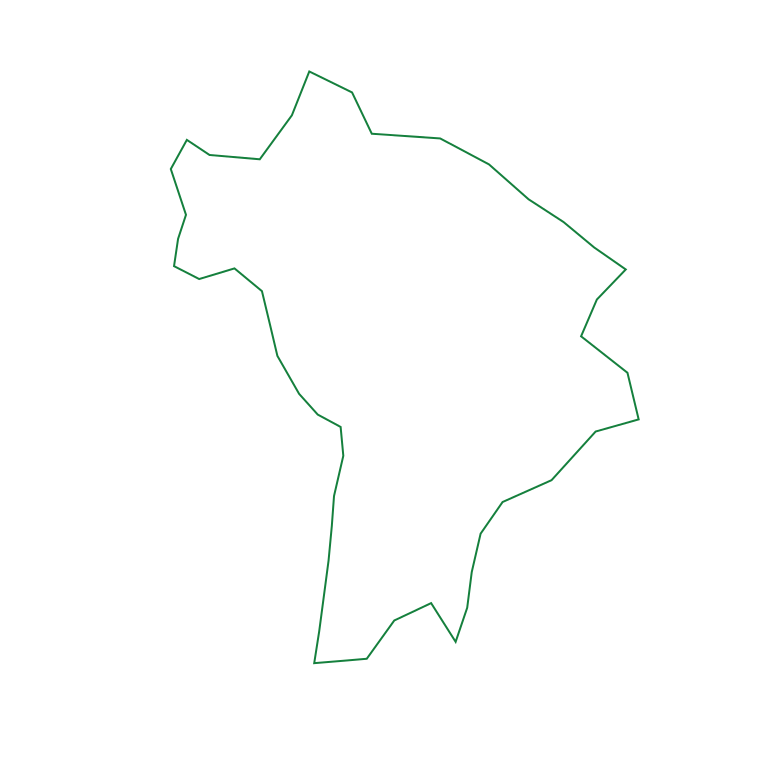 the district of Potami, Nicosia, Cyprus, rotated 13°
{"feature_id": "46923920B72029676304509", "entity_name": "Potami", "entity_type": "district", "adm_level": 2, "iso_a3": "CYP", "parent_name": "Cyprus", "parent_adm1": "Nicosia", "projection": "orthographic", "projection_center": [33.032, 35.095], "detail": "fine", "context": "isolated", "style": "outline", "palette": "green", "viewbox_px": 768, "rotation_deg": 13, "n_neighbors": 0, "source": "geoboundaries", "source_scale": "gbopen_adm2", "svg_char_len": 740}
<svg xmlns="http://www.w3.org/2000/svg" viewBox="0 0 768 768"><g transform="rotate(13 384 384)"><path d="M640.1,361.2L618.7,318.3L565.3,293.2L572.4,253.8L593.8,218.0L558.1,203.7L522.5,185.8L483.3,171.5L436.9,146.4L383.5,132.1L315.8,142.9L287.3,107.1L240.9,96.3L233.8,142.9L212.4,193.0L162.5,200.1L137.0,190.5L127.9,222.5L153.0,263.7L150.7,288.9L152.9,316.4L180.3,323.3L212.3,305.0L244.2,321.0L260.2,353.1L273.8,380.6L303.5,412.7L326.3,428.7L351.4,435.6L360.5,463.1L360.5,504.4L365.1,534.1L369.7,568.5L371.9,591.4L376.5,639.6L378.8,671.7L409.2,662.0L429.0,655.6L447.2,612.1L479.2,586.9L511.8,619.1L515.4,583.3L511.8,547.5L511.8,508.1L526.1,472.3L568.9,440.0L600.9,382.7L640.1,361.2Z" fill="none" stroke="#15803d" stroke-width="2"/></g></svg>